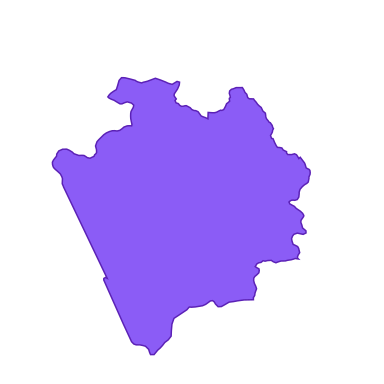 Tongod, Sabah, Malaysia (Mercator projection), rotated 156°
{"feature_id": "92858781B32366551894999", "entity_name": "Tongod", "entity_type": "district", "adm_level": 2, "iso_a3": "MYS", "parent_name": "Malaysia", "parent_adm1": "Sabah", "projection": "mercator", "projection_center": [116.895, 5.08], "detail": "fine", "context": "isolated", "style": "filled", "palette": "violet", "viewbox_px": 384, "rotation_deg": 156, "n_neighbors": 0, "source": "geoboundaries", "source_scale": "gbopen_adm2", "svg_char_len": 3871}
<svg xmlns="http://www.w3.org/2000/svg" viewBox="0 0 384 384"><g transform="rotate(156 192 192)"><path d="M213.2,323.6L216.8,319.3L219.5,316.3L222.8,315.9L226.2,315.2L228.3,314.3L230.2,313.1L229.6,311.6L228.1,309.7L225.8,307.4L224.5,305.4L221.9,301.8L220.1,301.0L217.4,301.0L214.5,300.7L211.1,297.8L209.9,295.1L211.1,293.3L214.9,290.4L216.0,288.8L217.2,286.3L218.1,284.0L218.9,280.6L219.3,278.3L220.2,277.0L222.7,278.2L224.4,278.8L227.8,279.0L230.0,278.3L232.9,277.7L235.6,278.2L237.8,279.5L240.0,280.4L242.8,280.8L246.2,280.8L249.3,280.2L255.9,277.7L258.3,276.6L261.4,273.3L262.0,269.6L263.1,266.9L264.2,266.1L265.8,265.6L267.1,264.4L269.7,264.4L271.4,264.3L273.7,266.0L274.7,267.7L275.8,269.3L277.7,270.3L280.5,271.4L284.3,275.0L285.1,277.1L287.1,280.0L289.0,282.1L292.8,283.7L297.0,283.7L300.1,281.7L301.2,279.8L303.2,278.8L305.6,277.5L307.4,276.0L308.2,274.0L308.5,272.1L308.5,270.6L307.7,268.3L306.6,266.0L305.5,263.5L304.9,262.0L304.7,258.7L304.9,256.9L307.2,252.3L307.2,249.5L307.3,249.0L304.6,147.7L305.8,149.1L307.7,148.9L308.4,147.5L308.4,99.2L308.1,79.8L307.0,76.8L305.2,75.1L301.7,73.5L299.1,71.6L297.2,70.0L295.6,65.9L296.0,62.4L296.0,60.3L292.8,58.9L292.6,59.0L287.6,61.5L284.6,62.4L281.4,63.8L278.1,65.6L273.8,66.6L269.7,68.8L267.3,73.6L264.1,79.4L259.9,83.9L244.6,86.5L241.7,87.9L240.9,87.9L239.6,87.1L235.8,85.7L228.6,83.8L225.2,83.8L219.5,85.0L217.4,84.4L216.4,82.7L216.1,80.1L214.8,76.6L211.8,75.4L208.3,75.7L202.9,76.3L198.6,75.0L194.8,74.1L188.3,72.2L179.7,68.6L178.9,70.5L176.8,72.0L175.5,74.1L174.1,75.6L172.4,77.3L172.1,80.1L172.2,83.0L171.7,86.0L170.6,88.2L168.9,89.3L166.4,90.0L163.8,91.0L162.5,92.9L162.1,94.6L163.3,96.1L164.6,98.1L162.1,99.9L159.9,100.2L157.6,99.6L155.0,100.3L153.4,99.1L150.7,98.6L147.4,97.3L146.1,95.2L144.1,93.2L142.7,93.2L138.9,92.8L134.8,91.1L132.3,90.7L129.1,89.8L126.6,89.4L124.8,89.3L122.0,87.5L122.4,88.6L122.1,89.8L120.5,91.4L118.3,92.8L117.5,97.2L117.7,99.2L119.3,101.2L120.9,103.0L120.6,106.5L120.0,108.9L118.0,110.9L116.1,111.9L112.5,111.6L107.7,108.1L104.5,108.2L103.7,110.2L105.6,114.2L105.1,117.1L104.9,120.1L103.9,121.8L100.0,124.2L99.4,125.1L99.6,127.5L100.8,130.4L102.2,132.6L103.5,134.7L104.3,137.2L106.3,139.8L107.5,141.4L107.5,143.4L106.0,143.9L104.6,144.0L103.0,143.5L101.5,142.6L98.9,142.3L96.5,143.9L94.8,146.8L94.2,148.2L92.2,150.5L89.3,151.9L87.2,152.6L85.4,153.0L83.8,153.1L81.8,153.8L79.7,156.7L79.1,158.1L77.0,160.1L76.1,161.7L75.5,163.8L75.9,165.1L77.1,166.5L77.9,167.6L77.4,171.4L77.4,172.8L79.0,179.7L80.8,179.1L81.0,181.4L81.4,183.6L82.8,185.2L85.9,185.7L89.3,187.3L89.8,189.1L89.2,190.4L90.5,191.9L91.6,193.3L92.0,195.7L93.7,196.9L95.8,198.0L96.2,199.9L96.4,203.7L96.3,206.1L96.3,207.8L97.5,208.6L97.3,211.7L95.6,212.9L94.1,214.2L93.4,215.4L91.8,216.8L92.0,218.1L91.7,219.9L91.7,220.5L92.3,223.5L93.1,224.2L93.5,226.3L94.1,228.3L94.1,230.4L93.5,232.1L92.9,234.2L94.3,237.1L94.4,241.1L95.6,243.4L96.4,245.5L96.9,248.1L97.7,250.6L97.9,252.0L101.8,253.9L102.7,255.6L102.5,257.0L102.2,259.0L103.1,261.4L103.1,264.1L103.5,266.9L109.2,269.4L112.3,269.5L114.2,269.8L116.5,269.0L117.8,267.0L118.1,264.4L118.5,262.8L119.8,262.4L120.3,261.1L120.6,259.7L123.1,258.9L124.5,258.6L126.6,256.6L129.5,254.4L131.6,254.4L132.5,255.1L134.3,255.1L137.0,254.9L139.0,255.2L141.1,256.1L144.9,258.1L147.7,252.4L149.5,254.5L151.1,256.0L152.7,257.7L153.2,260.1L153.8,262.9L155.5,264.8L157.1,265.7L158.6,267.4L159.4,269.8L162.1,273.2L163.2,273.6L165.4,274.0L166.8,274.6L168.0,276.2L168.5,278.3L170.3,279.9L170.3,282.5L168.5,283.4L169.1,286.3L169.2,287.3L168.3,288.8L166.3,290.1L163.3,292.0L160.1,295.0L158.7,297.4L160.7,299.1L166.3,298.4L168.2,299.9L169.7,301.2L171.4,303.2L175.2,307.1L179.2,310.8L187.5,311.3L190.0,311.7L191.9,312.1L193.6,312.1L195.4,313.5L196.8,314.7L197.8,315.9L198.5,317.1L202.2,320.1L206.5,323.4L208.1,324.3L209.9,325.1L213.2,323.6Z" fill="#8b5cf6" stroke="#5b21b6" stroke-width="1.5"/></g></svg>